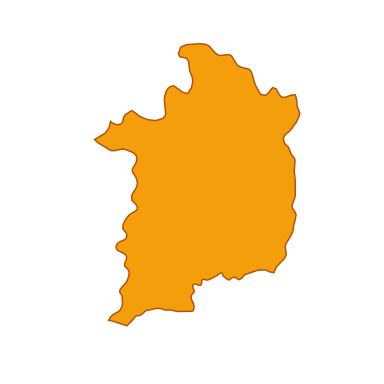 Cher, Mercator projection, rotated 15°
{"feature_id": "FRA-5279", "entity_name": "Cher", "entity_type": "Metropolitan department", "adm_level": 1, "iso_a3": "FRA", "parent_name": "France", "parent_adm1": "", "projection": "mercator", "projection_center": [2.504, 47.022], "detail": "fine", "context": "isolated", "style": "filled", "palette": "amber", "viewbox_px": 384, "rotation_deg": 15, "n_neighbors": 0, "source": "natural_earth", "source_scale": "10m", "svg_char_len": 3329}
<svg xmlns="http://www.w3.org/2000/svg" viewBox="0 0 384 384"><g transform="rotate(15 192 192)"><path d="M102.8,173.0L87.8,168.6L84.4,166.5L92.9,157.6L95.2,151.8L95.1,144.9L97.6,146.1L100.7,146.5L103.7,146.0L106.0,144.2L106.8,142.7L106.9,141.4L106.7,138.2L107.0,136.2L107.6,134.7L112.1,129.4L113.5,129.0L121.9,132.5L130.2,133.6L138.4,132.5L144.7,128.6L146.2,125.9L146.3,123.1L141.6,110.7L140.9,106.9L140.9,102.9L141.5,99.5L142.8,96.9L144.6,95.2L146.9,94.2L157.5,98.1L162.3,98.1L164.5,91.2L164.4,87.4L163.7,83.9L162.4,80.9L158.5,75.8L154.7,66.3L152.0,64.3L145.1,64.4L143.0,61.9L143.7,54.9L148.7,51.0L161.3,46.7L166.5,45.9L170.4,46.4L179.0,52.1L183.3,53.1L191.9,49.7L194.8,50.2L202.6,57.6L206.4,58.8L215.4,58.6L218.4,60.8L225.3,72.0L231.1,78.3L234.0,80.1L238.1,79.6L240.4,76.3L241.7,72.4L243.0,70.3L246.5,70.6L251.2,75.4L253.6,77.0L257.1,76.7L262.9,72.7L266.4,71.4L267.5,72.8L269.4,76.4L270.9,80.8L271.8,82.7L274.7,86.5L275.6,87.9L275.8,89.2L275.9,91.0L274.6,97.8L274.4,98.7L273.2,101.1L272.6,102.8L272.4,103.6L272.0,104.8L270.1,108.6L268.0,111.1L266.6,114.3L266.3,115.1L266.4,116.2L266.8,117.5L267.8,119.5L268.6,120.6L269.4,121.4L270.0,121.9L270.8,122.3L272.4,123.0L273.1,123.4L273.7,124.0L277.9,129.6L279.0,130.7L281.8,132.6L282.5,133.3L283.3,134.9L283.8,137.0L285.4,145.7L285.6,146.5L286.8,148.9L289.3,155.9L291.2,163.3L291.5,164.2L292.6,168.5L292.8,170.3L292.7,172.2L292.3,175.9L292.2,178.0L292.3,179.8L293.1,181.5L293.9,182.4L297.1,185.1L297.6,185.8L298.1,186.4L298.4,187.1L298.8,191.7L298.8,197.9L299.3,200.7L299.5,202.7L299.6,204.5L299.1,207.1L297.7,212.6L296.3,216.8L296.1,217.9L296.0,219.2L296.4,221.1L296.8,222.3L298.6,226.1L298.8,226.9L299.0,227.8L299.2,229.6L298.7,231.4L297.7,233.8L293.7,241.0L292.9,243.0L292.7,243.7L292.0,248.8L287.4,249.0L283.1,248.2L275.7,250.6L265.2,257.6L264.2,258.6L263.0,261.0L262.1,262.7L260.3,264.5L258.7,264.3L257.0,263.7L254.9,263.3L253.3,264.1L250.8,267.2L249.5,267.5L243.9,265.2L243.1,264.0L242.5,263.0L241.2,262.4L240.1,263.3L237.5,266.5L232.6,271.0L229.8,273.1L225.6,273.3L224.6,274.1L224.4,275.4L225.1,278.6L224.2,280.0L222.6,280.3L218.8,280.0L217.8,280.4L217.1,281.3L217.0,282.6L217.6,284.0L219.5,286.6L219.9,287.9L219.6,288.8L218.4,291.2L218.2,292.8L218.5,294.5L219.5,296.1L222.0,299.1L222.9,300.7L223.6,302.0L223.8,303.0L224.0,304.1L224.0,305.2L223.8,306.4L223.2,307.0L209.3,311.1L201.6,311.6L196.9,312.9L195.4,313.0L193.7,312.6L191.1,312.8L187.8,313.6L178.0,318.7L175.4,322.7L173.9,324.5L172.4,325.3L171.1,325.6L169.9,326.4L169.2,327.6L168.0,330.6L163.7,338.1L147.4,337.2L144.7,337.7L145.7,333.7L147.6,330.7L151.9,326.5L153.3,324.2L153.9,321.3L153.8,318.1L152.1,312.4L150.9,309.9L148.5,307.8L147.9,307.0L147.9,304.3L151.7,296.7L152.5,293.1L152.7,289.3L152.1,285.9L150.2,283.3L146.5,281.3L145.7,279.8L145.6,277.1L146.0,274.7L146.0,272.4L144.5,270.2L142.4,269.0L135.4,267.7L133.6,266.3L132.8,264.2L133.0,261.8L134.3,259.5L139.8,255.0L140.6,252.5L139.9,249.6L138.2,247.9L136.2,246.7L134.5,245.0L133.9,241.5L134.6,237.1L136.0,232.9L137.7,229.8L143.1,224.1L143.6,221.7L142.0,219.2L136.3,215.6L134.8,212.1L135.1,208.5L137.2,202.0L137.1,198.3L135.9,195.1L134.1,192.5L129.9,188.5L128.7,186.6L128.6,184.8L130.0,180.0L130.4,177.3L130.3,174.8L129.6,172.5L128.1,170.8L124.6,169.1L116.2,168.1L112.7,168.9L106.1,172.3L102.8,173.0Z" fill="#f59e0b" stroke="#b45309" stroke-width="1.5"/></g></svg>